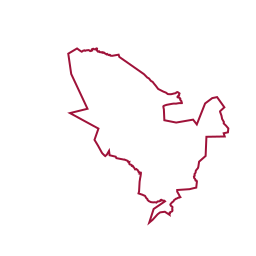 Atlamajalcingo del Monte, Guerrero, Mexico (Robinson projection), rotated 120°
{"feature_id": "50627088B9042251287678", "entity_name": "Atlamajalcingo del Monte", "entity_type": "district", "adm_level": 2, "iso_a3": "MEX", "parent_name": "Mexico", "parent_adm1": "Guerrero", "projection": "robinson", "projection_center": [-98.589, 17.26], "detail": "fine", "context": "isolated", "style": "outline", "palette": "rose", "viewbox_px": 256, "rotation_deg": 120, "n_neighbors": 0, "source": "geoboundaries", "source_scale": "gbopen_adm2", "svg_char_len": 5031}
<svg xmlns="http://www.w3.org/2000/svg" viewBox="0 0 256 256"><g transform="rotate(120 128 128)"><path d="M182.4,48.8L182.1,49.1L181.8,49.2L181.1,48.9L180.9,49.1L180.6,49.4L180.5,49.6L180.3,49.6L179.2,48.9L178.6,48.5L178.0,48.1L177.1,48.3L176.9,48.4L176.7,48.5L176.5,48.9L175.9,49.3L175.2,49.5L174.8,49.7L174.2,50.0L174.0,50.4L174.0,50.9L174.0,51.5L173.9,51.9L173.7,52.4L173.4,52.7L173.2,53.0L172.6,53.1L170.4,52.7L169.9,52.5L169.1,52.1L168.9,52.0L168.6,52.0L167.6,52.0L167.3,52.0L166.1,51.4L165.4,51.2L165.2,51.0L165.1,50.8L164.9,50.6L164.6,50.4L164.3,50.3L163.9,50.1L163.6,49.8L163.1,49.5L162.9,49.3L162.6,48.7L161.7,48.1L161.6,48.4L161.4,48.8L161.0,49.5L160.6,50.0L158.5,53.6L157.1,54.4L150.2,44.1L147.6,41.4L145.5,39.1L140.0,41.5L139.9,41.7L139.7,41.8L139.5,42.0L139.4,42.1L139.3,42.3L139.4,42.5L139.7,42.9L139.7,43.1L139.7,43.3L139.2,43.7L138.9,44.0L138.7,44.3L138.5,44.7L138.4,45.3L138.3,45.5L138.1,45.8L137.8,46.0L137.3,46.5L137.0,46.7L136.9,46.7L136.7,46.4L136.4,46.4L135.9,46.5L135.6,46.6L135.1,47.1L134.6,47.3L134.3,47.4L133.9,47.2L133.6,47.2L133.0,47.2L132.4,47.3L131.7,47.7L131.0,47.9L130.2,47.8L129.5,47.7L128.4,47.5L127.9,47.4L127.0,47.6L126.7,47.6L121.6,49.6L113.4,46.8L96.4,55.7L87.0,40.0L84.7,42.5L81.8,39.3L78.2,40.9L76.9,44.5L76.2,47.4L75.9,47.6L74.9,47.9L73.1,51.0L70.6,53.2L67.8,56.5L67.3,56.6L61.9,54.9L56.7,66.3L60.0,70.0L68.2,73.5L90.5,70.2L88.2,75.8L99.2,89.0L103.1,100.4L94.0,106.2L93.2,106.9L92.9,107.2L92.4,107.6L91.6,108.2L91.2,108.2L90.6,107.8L89.8,107.2L88.6,106.1L86.8,104.0L85.0,101.9L84.0,100.6L82.9,98.6L81.8,97.3L81.0,96.3L79.5,93.8L79.3,93.9L79.0,94.2L78.6,94.7L78.5,94.8L78.1,95.1L77.9,95.5L77.9,95.9L77.9,96.1L77.8,96.3L77.6,96.5L77.3,96.8L77.0,97.0L76.9,97.4L76.7,97.5L76.4,97.5L76.1,98.3L76.0,98.5L76.3,99.0L76.3,99.3L76.3,99.5L76.2,99.6L76.2,99.8L76.4,100.1L76.0,100.3L75.9,100.4L76.0,100.7L75.9,100.7L75.5,100.5L75.3,100.5L75.1,100.6L74.9,100.6L74.7,100.3L74.6,100.2L74.4,100.1L74.1,100.1L73.8,100.2L73.5,100.5L72.3,100.7L72.2,101.9L72.1,102.6L72.2,103.2L72.6,103.6L73.1,103.9L73.7,104.0L74.2,104.3L75.1,105.4L76.4,106.7L77.2,107.6L77.7,108.4L78.4,109.8L78.6,110.2L78.7,110.5L78.7,111.0L78.5,111.7L78.5,112.0L78.4,112.6L78.5,113.5L78.6,114.3L78.8,115.4L79.1,121.4L77.5,125.2L76.4,128.2L75.9,129.1L75.7,130.3L75.8,131.3L75.6,132.1L74.9,133.9L74.6,134.8L74.6,135.6L74.7,136.4L73.4,141.1L70.8,171.0L69.2,172.8L73.4,177.8L74.1,179.3L74.0,179.5L73.8,179.9L73.7,180.1L73.8,180.5L74.0,180.6L74.3,180.7L74.5,181.2L74.5,181.4L74.5,181.8L74.4,182.2L74.4,182.3L74.5,182.4L74.5,182.5L74.4,182.9L74.3,183.1L74.5,183.3L75.0,183.5L74.9,184.0L74.9,184.4L74.9,184.6L75.0,184.9L74.9,185.1L74.9,185.4L74.8,185.8L74.7,186.1L74.7,186.8L74.8,187.0L75.0,187.0L75.4,187.1L75.5,187.4L75.7,188.1L75.6,188.3L75.4,188.5L75.6,188.7L75.7,188.8L75.9,189.4L76.1,189.6L76.2,189.9L76.3,190.1L76.5,190.6L76.4,190.9L76.1,191.2L76.0,191.3L76.1,191.5L76.6,191.7L76.7,191.8L76.9,192.2L76.7,192.8L76.5,193.0L76.5,193.3L76.4,193.6L76.2,193.8L75.5,194.2L75.2,194.3L74.9,194.4L74.7,194.5L74.7,194.9L74.8,195.0L75.1,195.0L75.2,195.3L75.4,195.4L75.5,195.3L75.8,195.0L76.0,195.0L76.3,195.4L76.3,195.6L76.4,195.8L76.5,196.3L76.7,196.7L76.7,196.8L76.8,197.6L76.8,197.8L77.0,197.9L77.2,198.0L77.5,198.4L77.7,198.5L77.8,198.4L78.1,198.2L78.3,198.4L78.4,198.5L78.5,198.5L78.6,198.4L78.7,198.2L78.9,197.9L79.5,198.3L79.7,198.5L79.9,198.9L79.9,199.1L80.0,199.2L80.3,199.3L80.3,199.6L80.1,199.9L80.1,200.3L80.3,200.9L80.4,201.4L80.6,201.5L80.8,201.8L81.4,202.6L81.6,203.0L82.2,203.4L82.4,203.7L82.6,203.8L82.6,204.1L82.5,204.5L83.1,205.1L83.2,205.3L83.4,205.5L84.3,205.8L84.9,206.1L85.1,206.3L85.1,206.5L85.0,207.6L85.0,208.4L84.6,211.9L93.5,216.9L109.6,204.2L131.6,172.7L144.1,185.7L143.3,153.3L155.0,151.1L158.3,145.1L162.5,138.2L162.9,137.1L163.5,134.8L163.7,133.7L161.6,133.0L157.3,133.0L160.8,130.3L159.0,124.3L159.9,123.0L157.3,115.4L157.1,115.3L156.6,111.8L156.9,111.6L157.4,110.6L156.8,109.9L157.2,109.8L158.5,108.8L158.6,107.8L158.3,107.2L158.4,106.2L158.4,105.8L158.9,105.6L158.5,104.7L158.7,104.2L159.0,104.0L159.1,103.9L159.3,102.9L160.2,101.3L160.3,101.2L160.1,100.8L159.4,100.2L159.6,99.7L159.5,98.9L160.1,97.9L160.2,97.4L160.7,96.9L160.9,96.7L160.6,96.3L160.6,95.9L160.8,95.6L160.2,94.6L160.4,94.3L160.6,94.2L160.9,94.3L161.7,94.7L161.6,94.2L161.8,93.7L164.1,92.8L165.1,92.5L168.7,91.1L177.4,86.7L179.4,86.2L179.2,85.1L179.0,84.3L178.8,83.0L178.6,82.4L178.5,81.0L178.5,80.8L178.4,80.3L178.3,80.0L178.3,79.4L178.5,78.9L178.9,78.3L179.3,77.6L179.6,77.0L179.7,76.2L179.9,75.6L180.2,75.4L180.5,75.1L180.6,74.8L180.7,74.3L180.9,73.5L180.9,73.1L180.8,72.7L180.8,71.4L180.5,70.6L180.1,69.6L179.6,68.6L179.3,68.3L178.7,67.2L178.5,66.7L178.4,66.5L178.4,66.1L178.2,66.0L177.3,65.8L177.0,65.7L176.7,65.5L176.5,65.3L176.4,65.0L176.2,64.6L175.5,64.0L175.2,63.7L174.6,63.7L174.4,63.8L174.2,63.8L174.0,63.7L173.8,63.6L173.6,63.4L173.5,63.2L173.9,62.6L173.3,61.8L173.2,60.4L172.8,60.1L173.0,59.3L185.3,65.3L199.3,62.3L195.3,60.8L187.9,59.2L185.2,58.1L184.7,57.6L182.1,54.2L182.4,48.8Z" fill="none" stroke="#9f1239" stroke-width="2"/></g></svg>